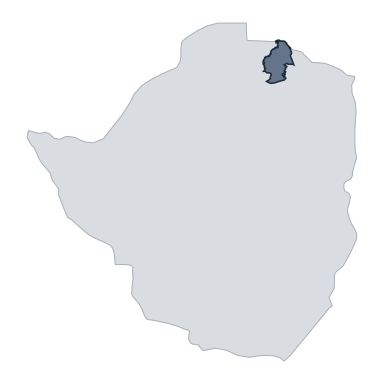 location of Centenary/ Muzarabani, Mashonaland Central, Zimbabwe
{"feature_id": "62879985B33993196799610", "entity_name": "Centenary/ Muzarabani", "entity_type": "district", "adm_level": 2, "iso_a3": "ZWE", "parent_name": "Zimbabwe", "parent_adm1": "Mashonaland Central", "projection": "natural_earth1", "projection_center": [31.038, -16.418], "detail": "fine", "context": "in_parent", "style": "filled", "palette": "slate", "viewbox_px": 384, "rotation_deg": 0, "n_neighbors": 0, "source": "geoboundaries", "source_scale": "gbopen_adm2", "svg_char_len": 6277}
<svg xmlns="http://www.w3.org/2000/svg" viewBox="0 0 384 384"><path d="M284.1,361.0L280.3,358.1L275.1,356.2L268.5,355.4L259.9,355.7L249.3,357.3L238.0,355.4L225.9,350.1L215.8,348.2L203.8,350.5L203.3,350.5L201.2,348.7L197.9,344.8L192.4,344.1L190.9,343.2L189.7,341.8L188.9,339.9L188.6,337.8L189.5,331.4L189.0,330.7L187.5,329.9L184.5,329.1L177.3,326.2L168.2,323.4L153.4,320.3L147.7,319.5L146.4,318.5L144.7,316.1L141.8,308.8L139.1,303.9L132.7,296.3L131.7,294.0L132.0,288.0L132.4,283.2L133.1,279.1L132.8,275.3L132.6,270.5L132.8,267.3L132.0,265.9L129.7,265.0L123.1,264.5L115.2,264.7L114.9,259.9L114.1,252.4L112.5,248.1L110.7,245.8L107.0,243.5L99.6,240.3L89.5,235.4L80.9,228.2L70.9,219.2L67.8,217.7L64.1,209.3L58.5,194.8L58.8,190.0L57.9,187.7L52.5,180.6L51.3,176.9L50.3,173.2L41.6,162.9L38.7,158.3L36.4,152.5L34.1,147.9L32.2,146.0L29.8,142.8L28.0,139.2L27.2,136.5L27.8,132.9L28.7,130.5L36.9,133.0L41.3,133.3L44.8,132.0L49.2,133.7L54.3,138.4L60.0,139.3L66.0,136.4L74.3,137.2L84.6,141.9L93.2,142.8L103.4,138.7L112.4,127.2L121.0,116.4L129.3,103.9L134.4,93.8L141.8,85.6L151.6,79.3L161.6,74.0L176.9,67.4L179.9,62.0L180.9,56.2L180.9,48.0L181.7,42.7L183.3,40.3L185.8,38.4L189.1,35.9L199.2,29.7L207.7,25.7L218.0,23.1L229.3,23.1L240.1,23.1L246.3,23.0L246.4,30.9L246.9,39.8L248.1,40.6L256.3,40.8L269.4,41.4L282.1,42.0L290.1,48.5L292.8,49.8L301.2,51.6L311.9,62.3L324.8,63.3L333.7,66.6L341.5,70.3L346.0,74.7L348.9,75.7L352.8,76.0L354.7,76.4L354.3,79.6L351.7,85.0L352.0,92.7L355.6,103.4L356.0,112.7L354.9,129.1L354.9,144.9L355.2,150.6L355.8,154.3L356.6,156.4L356.4,158.7L354.3,165.4L352.5,172.4L352.4,175.2L351.8,177.2L350.5,178.9L344.9,182.2L343.9,184.2L343.9,187.8L344.6,190.9L346.7,192.0L349.3,193.7L350.2,196.0L350.2,198.4L349.4,202.8L347.2,210.2L349.4,218.7L351.9,224.2L355.3,230.5L356.8,234.5L356.7,237.3L356.2,240.0L350.9,251.6L347.2,258.8L342.6,266.6L336.5,271.4L334.9,273.8L334.3,276.4L334.5,282.2L334.2,288.3L329.0,297.6L332.2,305.7L331.5,306.4L329.8,307.5L322.3,316.6L314.8,325.7L309.3,332.4L303.0,340.0L296.0,348.5L290.1,355.8L284.1,361.0Z" fill="#d9dde1" stroke="#a8b0b8" stroke-width="1"/><path d="M290.4,49.1L290.0,48.7L290.3,48.5L290.5,48.4L290.5,48.1L290.5,47.9L290.2,47.6L289.8,47.6L289.6,47.9L289.2,47.6L289.1,47.4L289.2,46.8L288.9,46.3L288.5,46.1L288.4,45.8L287.8,45.5L287.1,44.5L286.4,44.2L286.3,43.9L286.3,43.7L286.7,43.4L286.6,43.1L286.2,42.9L285.7,42.5L285.6,42.0L285.3,41.8L285.1,41.8L285.1,41.6L284.8,41.4L284.7,41.4L284.6,41.7L284.3,41.6L284.0,41.1L283.7,41.0L283.2,41.3L282.9,41.2L282.6,41.3L282.3,41.0L282.1,40.9L281.6,41.2L281.3,41.2L280.8,41.0L280.6,41.1L280.3,41.0L280.1,41.1L279.9,41.1L279.9,40.6L279.8,40.4L279.7,40.3L279.3,40.2L279.1,40.3L278.7,40.2L278.4,40.4L278.1,40.1L276.5,40.7L276.5,40.8L276.2,41.0L276.0,41.3L275.7,41.3L275.8,41.7L275.9,41.4L276.4,41.6L276.8,41.4L277.0,41.5L276.7,42.0L276.8,42.2L276.9,42.3L277.1,42.2L277.3,42.3L277.6,42.3L277.7,42.2L277.9,42.1L277.7,42.5L277.4,42.9L277.2,43.1L277.2,43.3L277.3,43.5L277.9,43.0L278.1,43.0L278.1,43.3L277.8,43.5L277.5,44.0L277.7,44.3L277.6,44.5L277.7,44.8L277.8,44.9L277.7,45.3L277.8,45.5L278.0,45.8L277.8,46.1L278.0,46.3L278.0,46.5L277.8,46.5L277.8,46.8L277.7,46.7L277.7,46.8L277.3,46.6L277.0,46.7L277.0,46.9L277.0,47.0L277.1,47.3L277.0,47.5L276.9,47.5L277.0,47.7L276.5,47.8L276.5,47.5L276.2,47.5L275.6,47.4L275.6,47.6L275.6,47.9L275.4,47.9L275.3,48.0L275.3,47.8L275.2,47.8L275.0,47.7L274.9,48.0L274.8,48.3L274.6,48.5L274.3,48.7L273.9,48.9L273.8,49.1L273.7,49.1L273.4,49.1L272.7,49.1L272.5,49.3L272.0,50.1L271.2,50.6L271.3,50.9L271.2,51.1L270.8,52.2L270.9,52.4L270.8,52.6L271.0,52.7L271.1,53.0L270.9,53.1L270.5,53.3L270.4,53.4L270.5,53.6L270.8,53.6L270.8,53.9L270.6,53.8L270.2,54.0L270.2,54.5L270.0,54.8L270.0,55.0L270.3,55.0L270.1,55.1L270.0,55.3L269.8,55.4L269.8,55.5L269.8,55.3L269.7,55.3L269.7,55.2L269.6,55.3L269.6,55.5L269.3,55.4L269.2,55.5L269.0,55.8L268.9,55.5L268.6,55.7L268.8,56.0L268.5,55.9L268.7,56.1L268.5,56.3L268.3,56.2L268.4,56.3L268.2,56.2L268.2,56.3L268.0,56.5L267.9,56.5L267.8,56.4L267.7,56.4L267.6,56.6L267.2,56.6L267.1,56.8L267.1,56.7L266.9,56.7L266.8,56.8L266.7,56.6L266.4,56.6L266.2,56.6L265.9,56.8L265.8,56.7L265.7,56.8L265.6,57.0L265.5,57.3L265.4,57.3L265.1,57.4L265.2,57.5L265.4,57.4L265.3,57.6L265.2,57.6L265.1,57.9L265.1,58.0L264.8,58.1L264.9,58.3L264.8,58.6L264.7,58.6L264.6,58.8L264.5,59.0L264.4,59.0L264.2,59.4L264.1,59.5L263.9,59.6L263.9,59.8L263.7,59.9L263.8,59.9L263.8,60.0L263.6,60.1L263.6,60.3L263.4,60.5L263.3,60.8L263.3,61.0L263.4,61.3L263.5,61.4L263.4,61.6L263.2,61.6L263.3,61.9L263.4,62.0L263.6,62.4L263.5,62.5L263.8,62.5L263.7,62.6L263.8,62.7L263.7,62.7L263.7,62.8L263.9,62.8L264.0,62.9L264.1,63.0L263.9,63.2L263.9,63.3L263.9,63.1L263.8,63.3L263.8,63.5L263.6,63.7L263.8,63.7L263.8,63.8L263.7,63.9L263.5,64.0L263.8,64.2L263.8,64.3L263.7,64.5L263.8,64.7L263.8,64.8L264.0,65.0L264.0,65.3L264.2,65.5L264.3,65.6L264.2,65.7L264.3,65.9L264.2,66.1L264.2,66.3L264.4,66.4L264.4,66.6L264.6,66.5L264.7,67.0L264.9,67.1L264.8,67.4L264.6,67.9L264.6,68.4L265.5,68.8L263.6,71.3L264.2,71.3L265.0,70.9L266.5,72.7L267.0,72.9L267.8,72.9L269.7,72.8L270.1,73.3L270.7,73.6L271.2,74.7L270.9,75.6L270.5,76.2L270.4,77.2L270.1,78.2L270.2,78.8L269.3,79.8L266.5,81.4L268.5,82.6L271.0,83.4L275.1,82.8L275.7,82.5L283.5,80.1L284.1,80.2L285.8,78.4L285.6,78.2L285.4,78.1L285.4,77.9L285.5,77.8L285.4,77.7L285.3,77.3L284.7,77.1L284.7,76.9L284.2,77.2L284.0,76.8L284.3,76.5L284.4,76.3L284.4,76.1L284.2,76.1L283.9,76.3L283.8,76.5L283.7,76.4L283.6,76.0L283.6,75.8L283.4,75.8L283.3,76.0L283.2,75.8L283.2,75.5L282.8,75.4L282.8,75.2L282.7,75.2L282.8,75.0L282.6,74.7L282.4,74.5L282.4,74.4L282.3,74.2L283.9,73.2L284.8,74.8L285.2,74.3L284.6,73.3L285.4,72.5L285.4,72.4L285.6,72.1L285.7,71.7L285.4,71.6L284.8,71.4L284.7,71.2L284.4,71.3L284.4,71.1L284.3,70.9L284.2,70.7L285.8,68.9L285.3,68.2L286.9,66.6L286.7,66.3L286.4,66.4L286.2,66.2L285.8,65.9L285.5,65.7L285.4,65.8L285.2,65.5L284.9,65.3L284.7,65.4L284.7,65.1L284.2,64.7L287.0,63.4L287.9,64.2L288.7,64.2L288.8,64.1L289.1,64.1L289.3,64.2L289.6,64.1L290.1,64.3L290.4,64.3L290.7,64.2L291.6,64.2L292.0,64.4L292.7,64.4L293.2,64.5L293.8,64.8L293.2,63.6L293.2,63.4L293.3,63.4L292.0,59.9L290.8,56.8L290.3,55.6L291.7,53.3L291.5,53.0L291.3,52.5L291.3,51.6L290.9,51.0L290.8,50.4L290.6,50.0L290.5,49.5L290.4,49.1Z" fill="#64748b" stroke="#1e293b" stroke-width="1.5"/></svg>